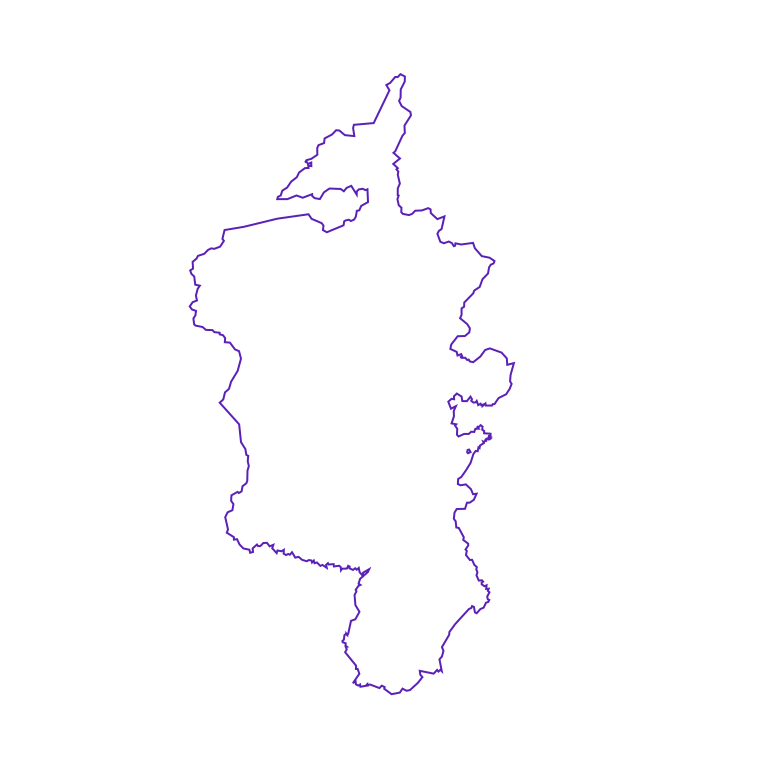 Naitasiri, Central, Fiji, rotated 39°
{"feature_id": "14151628B8492423103487", "entity_name": "Naitasiri", "entity_type": "district", "adm_level": 2, "iso_a3": "FJI", "parent_name": "Fiji", "parent_adm1": "Central", "projection": "natural_earth1", "projection_center": [178.262, -17.851], "detail": "fine", "context": "isolated", "style": "outline", "palette": "violet", "viewbox_px": 768, "rotation_deg": 39, "n_neighbors": 0, "source": "geoboundaries", "source_scale": "gbopen_adm2", "svg_char_len": 6166}
<svg xmlns="http://www.w3.org/2000/svg" viewBox="0 0 768 768"><g transform="rotate(39 384 384)"><path d="M187.9,247.8L185.8,254.8L182.9,258.8L183.2,261.4L183.8,259.9L186.5,260.8L188.1,257.7L190.4,260.4L187.7,262.0L189.4,263.6L186.7,266.0L184.9,273.1L186.1,278.1L184.5,285.2L185.1,292.3L183.3,297.7L185.1,302.5L183.8,305.4L184.7,307.5L192.6,301.1L197.4,292.5L203.6,290.4L208.7,281.7L210.0,283.1L213.2,283.2L217.8,280.6L216.7,272.9L218.6,266.4L227.6,259.7L231.5,259.5L231.5,255.1L233.9,250.6L243.6,254.0L241.7,251.5L241.9,248.7L244.6,245.7L247.6,245.0L248.6,243.1L257.1,252.7L254.2,259.9L255.5,264.6L253.9,266.5L256.8,271.7L257.3,275.0L255.7,278.2L253.4,278.4L251.5,280.6L250.7,282.6L252.7,286.1L244.1,302.0L239.7,302.8L237.3,299.0L234.4,298.2L223.8,301.2L218.5,299.6L197.1,322.6L176.2,350.0L163.2,364.7L167.1,372.9L169.5,373.5L170.2,380.4L167.0,385.8L164.3,387.4L162.8,390.8L162.4,395.9L158.8,401.5L159.4,404.6L158.4,409.5L163.0,414.5L161.9,417.7L165.0,419.6L168.9,419.9L174.8,425.6L179.0,423.5L179.3,427.3L182.2,433.7L186.1,436.8L183.8,440.8L184.2,446.0L187.9,446.9L191.9,445.5L194.2,449.3L194.7,453.1L198.8,457.0L200.6,457.3L207.1,453.9L211.6,454.0L216.7,450.1L219.6,450.4L224.0,447.6L225.1,448.8L228.2,447.4L231.7,448.3L234.0,451.7L238.2,448.8L246.5,450.9L250.7,449.7L256.9,454.3L262.0,465.9L263.7,478.4L266.6,485.3L265.7,490.6L268.8,497.1L268.1,501.9L296.8,506.5L309.5,519.2L317.2,521.8L321.6,525.7L323.7,525.3L326.8,529.9L330.6,532.8L332.4,537.2L338.6,545.2L339.5,547.8L338.4,552.5L340.9,557.1L339.8,560.1L338.1,560.0L335.5,566.5L338.7,571.0L342.6,572.1L345.6,577.5L343.2,582.1L344.4,587.4L354.3,595.2L355.4,598.5L363.7,597.5L365.3,599.4L367.4,597.1L372.7,599.6L378.2,600.3L383.7,597.5L386.2,599.4L387.9,597.0L385.4,594.4L386.3,588.7L388.2,589.2L389.9,587.8L390.3,583.5L393.0,581.1L397.3,582.1L399.2,578.6L400.5,582.0L407.0,583.0L406.0,580.4L409.6,578.5L410.5,575.9L412.8,579.0L415.6,578.5L416.5,576.4L418.3,575.9L418.4,572.6L424.3,574.8L426.4,572.1L431.0,572.2L435.6,570.3L436.3,568.2L438.7,566.8L440.4,568.0L440.6,565.4L442.8,567.0L444.2,564.9L449.0,565.4L450.1,563.3L455.2,562.9L452.8,560.9L453.2,558.5L454.6,559.1L458.2,555.7L459.9,557.3L463.5,553.5L465.6,553.5L467.8,555.8L467.7,553.9L471.3,550.8L470.6,547.8L472.2,547.5L473.1,549.0L476.9,548.0L477.6,545.3L479.7,545.5L480.1,542.8L483.5,545.6L488.1,546.4L486.5,543.8L489.0,537.2L489.8,540.4L488.0,550.4L489.9,555.2L492.1,555.0L491.2,556.7L491.5,561.8L493.1,562.5L493.9,566.5L500.9,573.8L508.3,576.5L509.8,584.9L507.4,588.8L513.1,600.1L513.5,601.7L512.1,601.6L513.0,602.3L511.6,602.3L511.3,604.1L513.7,607.9L513.4,609.9L514.5,610.7L517.4,609.6L518.7,611.5L520.5,611.5L519.7,612.4L522.0,613.6L522.6,616.9L539.6,620.5L541.5,623.1L542.8,622.0L547.2,624.7L548.1,636.1L549.1,633.0L551.2,635.1L553.9,634.5L554.5,632.6L556.2,634.1L561.0,628.7L559.8,628.5L559.9,627.8L560.5,628.5L562.3,626.3L571.8,623.2L572.1,619.9L575.2,619.1L576.0,620.7L585.1,620.3L590.5,613.9L590.1,609.1L594.6,608.2L596.8,605.5L598.4,595.1L598.3,587.6L595.2,587.1L592.3,584.4L604.9,577.8L605.2,572.8L607.3,573.2L607.7,570.6L609.6,570.8L600.4,563.1L600.5,559.3L598.2,554.0L594.6,552.0L592.5,537.9L590.9,535.6L590.4,525.9L591.6,505.5L592.8,503.0L592.2,501.2L594.1,500.6L598.4,504.2L600.3,503.8L600.5,498.3L602.2,495.1L600.9,489.8L602.2,487.8L601.7,485.6L600.2,486.0L598.0,484.3L597.0,479.5L594.9,479.4L594.2,477.2L592.4,479.0L590.4,475.9L589.4,477.9L586.0,478.2L584.9,476.9L585.4,475.2L583.6,474.9L581.4,477.1L576.3,474.5L575.1,471.5L572.4,470.0L571.4,467.9L568.0,467.7L563.1,465.2L561.5,466.7L555.3,465.3L553.4,461.6L551.5,461.3L551.1,456.5L549.9,455.1L543.7,455.3L542.5,452.9L532.7,448.8L530.5,450.0L526.1,445.6L523.1,444.8L519.7,439.5L519.2,435.4L525.5,430.0L523.2,424.0L525.3,422.3L526.7,417.4L525.0,411.0L522.6,413.6L517.7,411.0L510.8,410.5L507.3,414.5L504.4,415.3L501.4,411.2L502.6,407.6L502.0,399.0L500.9,390.7L497.5,382.0L497.4,378.3L499.1,377.3L497.3,373.8L498.6,373.7L497.3,371.4L498.8,367.1L497.3,366.3L498.4,366.0L498.3,364.0L500.0,364.0L497.9,363.2L498.2,361.8L500.6,361.1L501.2,359.3L499.4,359.5L500.1,358.2L497.7,358.9L499.4,357.2L498.1,355.6L492.8,359.3L491.4,357.5L489.1,357.7L487.4,355.1L485.0,355.2L484.7,358.1L482.9,358.5L485.7,359.2L483.2,361.3L484.3,364.5L481.8,366.2L481.3,369.5L477.7,372.4L474.9,377.9L472.6,377.5L469.1,372.7L465.4,371.6L465.5,369.9L461.3,372.1L458.7,365.1L455.2,361.1L453.8,356.0L451.6,361.0L445.1,357.3L445.8,353.0L448.1,351.7L446.1,349.6L446.6,345.6L452.2,344.9L455.6,348.0L459.2,345.2L459.2,339.4L461.9,340.4L462.4,342.2L465.3,342.1L466.8,340.5L466.7,338.8L470.5,341.1L471.5,338.5L473.0,339.3L473.8,337.9L474.5,338.9L475.1,335.3L476.6,336.7L481.4,332.9L481.2,331.2L482.5,330.1L481.9,322.8L485.4,315.1L484.7,308.6L483.1,303.6L480.3,302.6L476.6,297.2L471.8,286.0L467.7,291.5L463.3,286.8L455.6,285.6L443.9,289.7L441.2,293.9L441.6,302.0L439.6,310.9L436.4,312.5L434.5,311.7L433.5,313.0L430.6,312.5L427.6,315.0L426.6,314.6L427.1,313.1L425.2,312.2L423.2,315.6L420.3,313.3L413.5,315.0L411.4,311.0L411.2,300.5L416.7,295.8L417.8,290.2L415.7,286.7L411.1,285.1L401.7,285.0L400.8,281.5L396.7,276.4L397.6,273.5L395.1,270.2L396.3,257.4L395.3,254.6L397.3,248.4L394.6,240.6L395.3,232.7L392.2,227.1L391.9,224.1L393.3,221.3L392.5,218.9L386.6,219.4L379.5,223.1L369.2,221.3L364.4,218.3L356.2,227.0L351.0,229.7L352.2,231.8L351.6,232.9L348.1,231.8L344.7,232.5L342.0,236.9L338.3,238.0L331.0,233.7L330.3,230.6L331.2,227.3L325.5,215.7L321.7,222.3L312.8,221.7L310.3,219.0L307.7,219.5L304.2,225.3L299.2,229.7L298.8,234.1L297.1,237.0L291.7,239.9L289.3,239.6L286.6,236.0L283.0,235.8L278.1,231.9L276.8,228.3L275.8,228.6L271.6,223.3L270.2,218.3L262.9,212.6L261.5,209.9L258.6,209.3L258.9,207.6L252.7,207.1L254.5,198.7L245.9,198.4L246.3,196.1L242.1,179.5L242.2,175.8L237.3,170.3L235.9,158.3L233.3,156.0L222.9,156.9L217.6,154.5L216.6,150.9L211.6,144.5L209.8,135.9L206.7,131.9L201.8,132.9L201.5,136.8L199.5,138.4L199.3,146.1L197.7,150.2L203.4,152.3L211.8,187.7L197.5,201.5L198.9,204.5L204.9,210.0L197.0,215.2L189.8,215.1L187.1,216.9L186.6,222.8L183.3,230.5L185.8,234.5L182.8,239.6L183.6,242.6L187.9,247.8ZM492.9,384.9L491.6,384.8L490.5,382.6L491.4,381.4L494.1,382.4L492.9,384.9Z" fill="none" stroke="#5b21b6" stroke-width="2"/></g></svg>